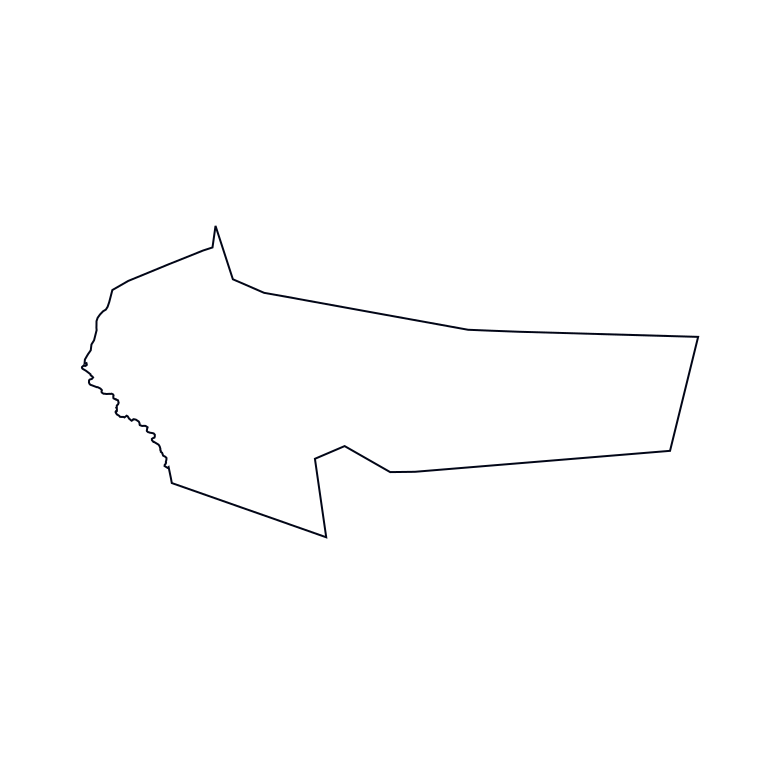 San Juan Teitipac, Oaxaca, Mexico (Robinson projection), rotated 297°
{"feature_id": "50627088B7077340988995", "entity_name": "San Juan Teitipac", "entity_type": "district", "adm_level": 2, "iso_a3": "MEX", "parent_name": "Mexico", "parent_adm1": "Oaxaca", "projection": "robinson", "projection_center": [-96.62, 16.891], "detail": "fine", "context": "isolated", "style": "outline", "palette": "ink", "viewbox_px": 768, "rotation_deg": 297, "n_neighbors": 0, "source": "geoboundaries", "source_scale": "gbopen_adm2", "svg_char_len": 2585}
<svg xmlns="http://www.w3.org/2000/svg" viewBox="0 0 768 768"><g transform="rotate(297 384 384)"><path d="M344.4,99.3L336.3,101.1L332.2,102.0L327.3,102.7L324.0,102.4L321.3,100.7L317.0,99.4L313.0,98.8L309.5,99.3L305.5,101.3L303.6,102.2L301.5,103.5L291.4,105.8L291.1,105.8L286.4,105.4L280.9,107.4L277.3,106.9L276.8,106.8L274.2,106.6L270.0,106.4L266.3,107.9L266.9,108.9L267.5,109.4L266.5,110.3L265.9,110.5L264.6,109.8L264.2,108.9L264.1,108.0L262.0,107.2L261.3,107.5L260.8,108.3L260.7,108.8L260.5,112.3L259.8,116.2L259.4,118.1L259.1,118.3L258.6,118.7L258.2,121.0L257.7,121.8L257.4,121.6L256.6,121.6L256.2,121.5L255.8,121.3L254.5,119.9L253.8,119.6L253.3,119.6L252.9,119.7L252.4,120.0L251.9,120.2L251.3,120.5L250.8,121.1L250.4,121.6L250.0,122.8L250.2,124.1L250.8,129.6L251.2,130.3L251.2,132.9L251.2,133.3L250.6,135.2L250.3,135.5L249.3,135.6L248.7,136.0L248.3,136.3L248.0,138.4L248.1,138.7L248.6,139.7L249.0,141.0L249.4,141.8L249.7,142.3L250.6,143.8L250.8,144.5L251.7,145.7L251.7,147.4L251.1,148.2L250.1,148.4L249.5,148.8L248.8,149.1L248.4,149.5L248.4,152.2L248.7,152.2L248.6,153.8L248.7,154.4L246.8,156.1L246.5,156.0L245.8,156.2L245.2,156.3L244.7,156.1L244.1,156.0L243.7,155.7L243.2,155.8L242.6,156.1L242.1,156.5L241.6,156.4L241.3,156.2L241.2,156.3L241.0,156.9L240.6,157.3L238.6,158.3L237.9,158.1L237.9,157.5L237.3,157.5L237.0,158.0L236.7,158.0L235.6,159.8L235.6,160.5L235.4,162.6L234.9,163.8L236.4,166.9L236.4,167.9L238.9,169.1L238.8,170.4L237.4,172.6L237.2,173.6L236.8,175.1L236.7,175.8L237.8,176.5L238.2,176.4L238.5,176.5L239.0,176.9L239.6,179.1L239.2,182.5L238.6,183.4L237.5,184.4L236.8,184.7L236.5,185.1L236.8,187.5L238.0,189.6L238.4,190.6L238.1,193.0L236.3,193.3L235.6,193.6L234.8,193.8L234.4,194.1L234.0,195.6L234.2,196.4L234.3,196.9L234.3,197.4L234.6,198.3L234.9,199.2L235.2,200.3L235.3,200.8L235.4,201.2L234.8,202.8L233.2,203.6L232.0,203.8L231.3,203.1L231.1,202.9L230.5,202.5L229.7,202.1L228.6,202.7L227.7,204.9L228.0,205.2L227.6,210.7L226.6,212.4L225.9,213.1L224.5,214.4L223.8,214.5L223.2,215.1L223.0,215.6L222.2,216.0L222.0,217.5L220.2,219.4L219.9,219.7L219.9,222.1L219.4,223.7L218.5,224.2L217.4,224.6L215.4,225.0L215.0,225.5L213.9,225.7L213.1,225.5L212.6,225.3L211.3,225.7L211.0,229.3L212.2,229.8L203.2,237.0L199.4,239.9L209.2,312.7L215.4,358.6L215.5,359.1L216.0,363.3L221.2,402.1L286.0,356.4L310.8,377.1L308.3,429.5L319.8,451.4L454.3,669.2L568.6,642.5L491.8,480.5L479.4,453.7L470.5,434.3L441.0,336.2L420.9,269.2L419.9,265.7L410.8,235.8L408.7,201.8L448.4,162.1L427.8,169.2L420.8,162.2L393.5,138.3L359.7,109.3L344.4,99.3Z" fill="none" stroke="#020617" stroke-width="2"/></g></svg>